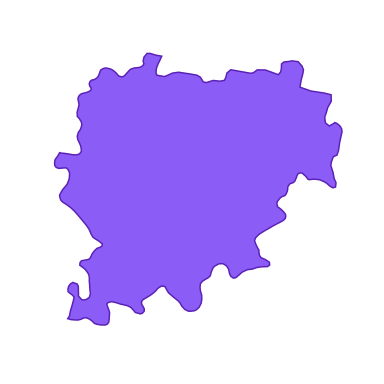 Slawharad, Mogilev, Belarus, rotated 190°
{"feature_id": "67162791B95045439516357", "entity_name": "Slawharad", "entity_type": "district", "adm_level": 2, "iso_a3": "BLR", "parent_name": "Belarus", "parent_adm1": "Mogilev", "projection": "mercator", "projection_center": [30.947, 53.462], "detail": "fine", "context": "isolated", "style": "filled", "palette": "violet", "viewbox_px": 384, "rotation_deg": 190, "n_neighbors": 0, "source": "geoboundaries", "source_scale": "gbopen_adm2", "svg_char_len": 4569}
<svg xmlns="http://www.w3.org/2000/svg" viewBox="0 0 384 384"><g transform="rotate(190 192 192)"><path d="M63.4,285.1L63.4,284.9L68.2,280.9L72.5,283.1L74.3,288.7L73.5,293.7L73.0,298.8L70.6,305.5L71.9,311.9L78.6,312.4L92.5,312.1L103.9,314.0L103.9,321.7L103.4,327.3L103.4,331.6L105.5,335.1L110.1,338.8L111.8,338.7L116.5,338.5L118.9,337.5L123.9,336.1L126.1,333.7L125.5,329.5L125.5,325.7L127.4,322.5L135.1,323.9L141.0,324.9L149.0,323.6L152.2,320.1L154.9,319.1L159.4,319.1L167.7,319.1L175.1,319.1L178.3,315.1L178.6,310.8L179.4,307.6L183.7,306.0L190.6,305.5L196.7,302.3L199.9,302.3L203.7,306.5L207.4,307.9L214.9,307.9L226.1,307.6L231.9,305.7L234.9,303.6L239.1,300.9L242.3,300.9L246.9,300.9L248.2,303.3L248.5,307.6L247.7,312.1L246.3,316.9L245.4,320.5L247.4,320.5L251.2,320.5L257.2,321.2L260.3,320.7L262.7,316.6L262.9,312.6L261.7,309.9L262.4,307.8L264.6,305.9L267.5,304.9L270.1,304.2L273.3,302.6L274.4,301.6L275.7,299.5L276.8,297.9L277.6,296.4L278.9,294.6L279.9,293.7L281.6,293.2L284.1,293.5L285.5,294.4L286.9,295.7L288.4,296.7L290.5,297.9L292.5,298.7L294.5,299.1L296.2,299.2L298.6,299.2L301.0,298.1L303.2,296.1L303.6,293.8L304.3,290.0L305.1,288.4L307.3,286.0L310.5,284.6L311.6,283.1L312.0,280.8L311.1,278.5L309.5,277.0L309.1,275.4L309.7,274.1L312.4,272.1L314.7,271.0L317.8,269.7L319.6,267.8L320.4,265.8L320.5,263.8L319.3,260.8L318.4,258.4L318.6,254.5L319.0,250.5L318.0,246.4L315.7,244.7L313.1,241.7L312.2,239.0L312.4,236.3L312.9,233.9L314.3,231.0L314.7,226.9L313.5,223.7L311.3,220.6L309.8,218.3L308.8,215.9L308.0,212.8L309.4,210.0L312.2,208.5L315.8,208.0L319.6,208.0L324.2,207.9L327.4,207.6L329.2,207.8L330.1,205.1L330.8,203.4L331.9,201.4L332.5,199.6L332.4,197.0L331.9,194.5L330.0,192.6L327.3,192.1L325.4,192.6L324.0,193.0L320.9,193.8L319.6,193.8L317.7,192.3L315.9,189.5L315.5,186.8L315.2,183.5L315.8,180.6L316.2,178.4L317.3,176.1L318.3,174.5L319.7,172.0L320.6,169.9L321.2,167.9L321.9,165.9L320.9,163.1L319.6,161.0L317.4,159.5L313.2,157.8L308.7,155.5L304.8,153.0L301.6,150.5L298.0,147.5L293.8,143.9L289.7,140.4L286.6,137.0L284.1,133.1L281.7,130.3L279.5,129.2L275.4,127.6L271.2,125.2L271.4,122.9L273.3,121.4L275.8,120.0L277.9,117.1L279.4,114.2L280.4,110.7L281.2,108.4L283.6,107.0L286.8,105.9L288.9,105.1L290.0,103.1L289.8,100.4L286.3,98.7L283.8,97.3L280.6,94.3L279.0,92.2L278.1,89.2L277.7,86.4L276.9,83.6L276.0,79.7L275.1,76.6L274.4,74.0L274.9,70.2L277.5,67.8L280.4,66.7L282.1,67.0L285.7,69.8L286.2,72.6L286.7,74.9L287.6,79.4L289.2,81.5L293.7,82.2L295.9,80.2L297.1,77.7L297.3,74.8L296.7,72.3L294.5,71.0L291.9,69.7L289.9,68.1L289.9,65.5L290.1,62.9L290.4,59.5L290.7,57.0L291.1,53.4L291.1,49.0L291.8,46.9L292.4,45.7L289.1,45.3L285.7,45.6L282.1,46.1L279.2,47.4L277.3,48.8L274.8,49.9L270.8,49.0L268.0,47.6L265.4,45.7L262.8,45.2L260.7,45.2L258.1,45.3L254.2,46.0L252.4,47.2L251.3,49.5L251.6,53.0L251.9,56.0L252.3,59.2L253.8,62.1L254.9,63.9L256.3,66.4L256.1,67.9L254.6,69.0L252.0,70.1L247.1,69.8L242.4,69.1L239.9,69.1L236.0,68.8L233.2,68.1L231.6,67.3L228.6,65.0L226.9,63.5L221.9,63.0L219.9,63.9L218.4,66.2L218.7,68.6L220.5,71.0L221.8,72.4L222.7,74.8L221.8,77.2L220.8,78.1L218.5,80.1L215.8,82.4L213.7,84.5L211.9,86.6L210.4,88.5L209.3,90.6L208.4,91.7L205.8,94.0L204.3,94.2L202.3,94.2L199.9,91.3L197.6,88.6L195.2,87.2L191.9,85.2L188.9,83.6L186.5,82.3L184.3,80.4L182.2,77.8L178.7,75.1L174.9,74.0L172.9,74.3L169.1,75.4L167.2,76.8L165.0,79.6L163.7,83.9L163.7,87.9L164.6,92.2L166.4,95.8L167.5,99.2L167.8,102.9L166.4,105.7L163.9,108.1L161.1,110.4L159.5,112.5L159.2,116.0L158.7,118.5L158.0,121.2L156.6,123.1L154.8,124.6L152.9,126.0L149.1,126.8L145.4,125.4L143.0,122.9L141.9,120.9L141.0,118.4L139.3,115.8L136.4,114.4L134.1,115.1L131.0,118.8L128.7,121.8L124.0,125.1L119.1,126.6L115.2,128.8L110.9,130.3L107.8,131.0L104.7,131.6L104.3,132.0L102.8,133.6L103.6,136.3L108.0,138.2L110.8,138.9L112.7,139.4L114.6,141.4L115.5,143.9L116.0,146.3L118.2,149.0L120.4,152.1L122.0,155.2L121.3,158.2L118.6,162.0L114.6,165.7L105.8,173.1L97.9,179.2L96.5,180.7L95.5,182.2L95.5,184.5L96.0,186.1L97.2,187.4L99.0,188.8L100.9,190.2L102.8,191.2L105.2,192.4L106.5,195.6L106.2,197.6L104.7,200.5L103.8,201.8L102.1,203.4L100.2,204.3L99.1,205.9L98.4,208.7L98.2,211.4L98.6,213.5L97.3,216.8L93.7,219.0L92.5,220.9L91.7,224.4L91.4,226.7L90.6,228.5L88.7,229.7L86.8,229.7L82.4,227.0L80.0,224.7L78.6,224.5L74.8,225.7L72.8,226.0L68.3,226.2L64.2,225.2L60.8,224.0L57.4,221.8L54.0,220.6L51.5,221.8L51.8,226.2L54.3,229.9L56.5,235.8L58.0,238.6L59.9,242.3L59.9,246.0L59.0,251.3L55.6,253.5L54.9,258.7L55.2,266.4L54.7,277.2L55.5,280.0L57.6,282.6L60.4,284.3L62.2,285.0L63.4,285.1Z" fill="#8b5cf6" stroke="#5b21b6" stroke-width="1.5"/></g></svg>